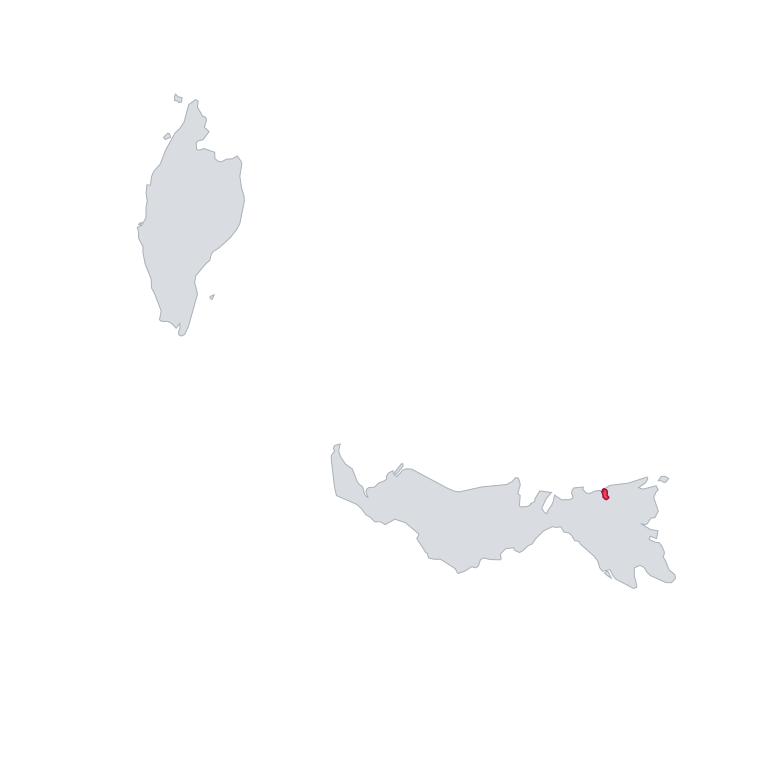 location of Penampang, Sabah, Malaysia, rotated 41°
{"feature_id": "92858781B3711047407086", "entity_name": "Penampang", "entity_type": "district", "adm_level": 2, "iso_a3": "MYS", "parent_name": "Malaysia", "parent_adm1": "Sabah", "projection": "mercator", "projection_center": [116.197, 5.858], "detail": "fine", "context": "in_parent", "style": "filled", "palette": "rose", "viewbox_px": 768, "rotation_deg": 41, "n_neighbors": 0, "source": "geoboundaries", "source_scale": "gbopen_adm2", "svg_char_len": 4735}
<svg xmlns="http://www.w3.org/2000/svg" viewBox="0 0 768 768"><g transform="rotate(41 384 384)"><path d="M671.9,382.0L667.5,381.2L661.4,377.4L655.1,376.1L637.0,376.0L634.3,374.9L630.8,377.1L624.5,375.1L620.9,375.4L616.9,377.7L611.2,375.7L608.4,379.0L604.7,381.2L600.8,390.2L600.0,401.0L600.7,407.7L598.9,411.4L598.1,419.0L596.8,422.3L591.6,423.8L589.4,422.6L584.8,427.3L583.7,429.2L583.5,436.5L587.1,438.9L587.0,440.5L579.6,446.6L573.1,450.1L572.1,453.3L574.7,459.7L573.6,462.8L570.1,464.3L567.6,472.6L564.6,477.9L563.4,478.4L558.9,476.7L541.8,479.1L536.7,483.4L531.8,486.1L528.0,483.5L526.0,483.8L510.0,479.1L509.4,475.1L507.8,474.4L491.2,474.6L480.9,478.9L477.1,489.4L471.6,490.4L467.6,494.0L460.4,493.7L456.0,494.6L449.1,492.9L442.5,492.7L421.4,499.4L414.6,494.6L394.1,475.9L391.2,472.7L390.6,466.9L388.2,465.9L387.5,464.4L387.1,462.7L390.3,458.0L393.5,464.1L398.7,467.4L407.5,469.7L415.8,468.9L427.4,475.0L431.2,476.0L435.2,475.6L442.4,480.3L446.8,480.4L441.0,477.2L439.9,474.7L440.5,472.0L444.4,468.3L444.9,462.5L447.8,456.7L448.4,454.1L446.3,452.0L445.8,448.5L447.5,443.6L451.4,446.1L454.6,445.5L454.6,436.5L457.1,432.7L461.0,430.0L500.5,421.0L507.0,418.9L511.4,416.3L525.6,397.2L542.5,379.4L544.8,373.1L544.7,368.6L545.7,367.6L547.5,367.0L551.2,369.3L553.2,371.0L556.7,378.7L560.0,378.9L565.5,386.3L566.8,387.2L568.4,386.7L572.7,382.0L573.9,378.6L573.0,378.1L575.0,374.1L573.2,371.5L571.7,362.5L581.6,356.0L581.6,363.5L584.4,374.2L589.4,375.7L592.0,375.0L590.6,371.8L590.1,365.5L588.7,361.4L585.6,356.0L593.9,354.9L600.3,349.2L601.3,345.6L597.2,343.4L595.6,340.7L595.5,337.8L602.1,331.0L602.8,332.9L606.9,333.5L608.9,333.4L611.7,330.6L613.2,326.7L618.2,321.1L621.0,312.3L633.6,298.3L643.6,281.6L645.6,282.9L646.2,287.4L644.0,295.3L648.5,293.4L656.1,282.3L660.5,284.1L660.2,287.2L662.0,292.7L674.4,300.0L676.2,307.2L673.4,309.9L674.4,316.8L673.4,319.0L669.3,321.0L680.5,319.0L687.1,315.0L691.1,321.8L684.7,324.4L686.0,327.3L692.1,325.6L695.8,323.3L699.5,323.8L705.2,326.5L706.9,328.1L708.1,331.4L712.3,332.6L720.9,337.2L728.7,337.1L731.5,339.5L731.3,345.4L727.1,348.9L710.8,353.8L706.5,353.6L700.5,351.8L696.2,352.9L693.5,358.6L698.5,364.3L706.9,370.2L708.1,371.7L706.4,374.6L687.3,379.1L683.3,378.7L676.2,375.8L671.9,382.0ZM53.3,301.1L55.3,292.9L58.3,292.5L61.3,297.3L71.4,300.9L74.4,299.7L75.8,300.5L77.2,301.7L80.0,308.1L86.4,308.2L87.2,318.4L84.2,322.4L83.9,325.0L88.5,329.8L91.3,328.7L93.6,324.4L104.2,320.2L108.5,324.8L112.5,324.7L115.5,323.1L117.7,317.6L121.9,313.4L123.5,308.2L129.7,309.6L132.0,310.7L138.9,321.8L147.9,329.5L154.8,333.8L158.8,337.9L170.1,357.8L171.5,364.2L172.0,374.1L170.3,388.9L168.2,396.2L168.6,399.7L171.5,405.1L170.6,410.1L171.0,425.9L174.4,431.5L184.2,438.4L198.6,468.8L201.0,477.4L199.7,480.7L197.1,481.5L194.9,479.8L193.5,475.7L190.2,472.4L190.5,478.3L184.3,477.6L180.0,478.5L174.9,482.7L172.4,482.8L168.0,475.1L151.7,466.4L145.7,464.1L139.4,457.5L125.1,450.2L116.0,443.1L112.2,438.7L102.9,434.8L98.9,430.2L95.0,427.6L97.1,423.1L95.1,414.5L88.6,406.8L85.4,401.4L79.2,396.0L74.4,389.2L77.3,387.2L72.5,380.0L70.8,374.8L70.8,364.8L65.8,350.9L61.6,331.6L62.3,324.8L61.2,317.4L53.3,301.1ZM656.6,275.2L654.4,277.1L653.8,271.9L656.7,269.2L660.9,268.6L661.0,273.3L660.0,274.6L656.6,275.2ZM43.7,300.3L46.2,304.1L44.3,306.3L42.8,305.7L40.0,307.5L36.9,303.8L36.5,302.0L40.2,302.3L43.7,300.3ZM452.7,444.3L451.6,444.7L449.9,443.5L449.5,432.7L450.7,431.8L452.3,433.9L452.7,444.3ZM61.1,337.9L58.4,343.0L55.8,342.4L56.3,336.6L57.8,335.8L61.1,337.9ZM682.9,381.4L678.0,382.1L674.5,382.0L675.0,379.1L676.6,378.7L682.9,381.4ZM198.7,433.1L196.0,433.2L195.4,431.8L197.4,428.1L198.7,433.1ZM95.8,423.9L94.0,424.6L94.2,422.4L95.5,421.1L95.8,423.9Z" fill="#d9dde1" stroke="#a8b0b8" stroke-width="1"/><path d="M626.5,325.9L627.0,325.7L627.3,325.4L627.6,325.4L627.8,325.2L627.9,324.8L627.9,324.6L627.9,324.3L627.9,324.2L628.0,323.8L628.0,323.6L628.2,323.2L628.1,322.9L628.3,322.8L628.3,322.6L628.2,322.6L627.7,322.3L627.6,322.2L627.5,321.9L627.3,321.9L627.1,321.9L626.9,321.8L626.6,321.9L626.3,321.8L625.3,321.6L624.9,321.3L624.7,320.9L624.5,320.5L624.2,320.0L624.1,319.8L623.9,319.6L623.7,319.5L623.6,319.4L623.4,319.1L623.2,318.9L623.1,318.7L622.8,318.7L621.8,318.0L620.9,318.0L619.8,318.5L619.6,318.3L619.4,318.3L619.0,319.0L618.9,318.9L618.7,318.9L618.7,319.0L619.0,319.1L618.8,319.1L618.7,319.2L618.6,319.3L618.5,319.5L618.3,319.7L618.3,320.0L618.5,320.1L618.8,320.2L619.0,320.3L618.9,320.5L618.9,320.9L619.1,320.9L619.2,321.0L619.3,321.0L619.5,321.0L619.2,321.4L619.2,321.7L618.9,322.4L619.1,322.5L619.6,322.7L620.2,322.8L621.0,323.5L621.9,323.9L622.2,324.2L622.9,324.9L623.3,325.4L623.5,325.6L623.8,325.7L624.4,325.7L625.3,325.7L625.7,325.7L626.5,325.9Z" fill="#f43f5e" stroke="#9f1239" stroke-width="1.5"/></g></svg>